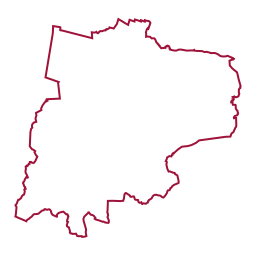 the district of Coeneo, Michoacán, Mexico
{"feature_id": "50627088B32739795926391", "entity_name": "Coeneo", "entity_type": "district", "adm_level": 2, "iso_a3": "MEX", "parent_name": "Mexico", "parent_adm1": "Michoacán", "projection": "albers", "projection_center": [-101.63, 19.787], "detail": "fine", "context": "isolated", "style": "outline", "palette": "rose", "viewbox_px": 256, "rotation_deg": 0, "n_neighbors": 0, "source": "geoboundaries", "source_scale": "gbopen_adm2", "svg_char_len": 5731}
<svg xmlns="http://www.w3.org/2000/svg" viewBox="0 0 256 256"><path d="M86.4,236.1L85.7,232.3L86.1,230.0L86.0,229.1L83.6,220.8L83.4,219.2L83.7,218.0L84.4,216.5L88.1,212.9L88.5,212.2L88.7,211.6L88.7,212.0L89.1,212.4L89.2,213.0L90.8,214.7L91.3,214.9L91.8,214.8L93.7,215.7L95.4,217.9L94.7,218.8L95.8,219.5L99.3,220.5L102.8,221.8L103.5,221.6L105.1,222.5L105.3,222.4L105.9,222.6L108.4,222.9L108.8,222.1L108.9,220.9L108.4,219.3L107.5,217.1L108.1,215.6L107.8,213.4L107.3,212.6L107.6,209.5L107.9,200.9L112.8,200.8L120.9,201.1L121.7,200.9L123.2,200.8L123.9,198.7L124.5,194.3L124.7,194.0L125.5,193.1L126.0,193.0L129.5,195.3L129.9,195.6L130.1,196.4L130.5,196.7L131.4,196.9L132.9,196.4L133.8,196.4L134.2,196.9L134.7,198.9L135.0,199.4L135.7,199.8L138.0,200.0L138.2,200.3L138.3,201.7L138.7,202.2L139.2,202.6L139.7,202.8L140.4,202.7L141.3,202.2L141.6,202.6L142.0,203.9L142.3,204.0L143.7,203.3L144.8,203.6L145.5,203.5L145.9,203.7L147.2,202.8L147.8,202.6L148.1,201.1L148.6,200.9L148.8,200.1L151.2,198.7L151.7,198.2L152.6,196.5L153.2,195.8L154.1,195.1L155.0,194.8L156.4,194.8L158.3,195.4L159.8,195.5L161.0,196.1L162.0,197.1L162.8,197.4L163.6,197.5L165.3,195.5L166.8,193.2L167.7,190.5L169.6,190.1L170.5,188.0L171.4,187.7L172.2,186.2L174.0,184.9L178.5,183.0L178.7,181.5L177.4,175.6L177.1,175.2L176.1,174.6L175.2,174.3L174.8,173.1L174.3,172.8L173.1,172.8L172.4,172.3L171.3,172.1L170.0,171.4L169.4,171.4L168.7,171.6L168.4,171.2L167.3,168.6L166.4,164.6L166.5,163.4L166.8,162.6L166.7,161.7L166.3,161.3L165.8,161.1L166.7,159.2L167.1,157.5L169.4,156.1L171.4,156.4L172.0,154.6L172.6,154.7L172.8,153.7L173.5,153.5L173.3,153.1L174.6,152.5L177.9,149.5L181.9,146.7L187.6,146.1L191.4,145.1L196.1,142.8L199.1,140.4L225.4,136.8L230.4,136.6L231.5,133.5L233.5,132.0L234.5,129.4L234.8,129.1L235.2,128.0L236.1,126.7L236.3,125.5L236.1,118.0L235.3,118.0L234.0,118.2L233.9,117.3L234.7,116.1L236.8,115.4L237.8,114.6L237.7,113.6L238.1,113.0L237.7,112.2L237.5,111.6L237.6,111.1L237.4,110.6L236.9,110.3L235.8,108.6L235.7,105.2L235.3,104.8L232.9,104.8L232.3,102.8L232.5,102.5L231.9,101.8L231.2,102.1L231.2,101.7L231.5,101.2L232.0,101.1L231.8,100.8L231.9,100.5L233.2,100.2L233.1,99.7L233.7,99.2L233.4,98.2L233.0,98.0L234.4,97.3L234.4,97.2L234.1,97.0L234.7,97.0L234.7,96.8L235.1,97.1L235.4,97.0L236.1,97.2L237.0,97.0L238.4,96.3L239.3,93.7L238.9,92.8L238.8,90.5L239.1,89.1L239.5,88.7L239.4,88.7L239.5,88.5L240.2,88.0L240.2,86.8L240.6,86.1L238.7,79.4L237.6,74.6L237.0,72.3L232.8,68.9L231.9,68.0L230.6,66.4L229.8,65.6L229.5,60.7L231.4,59.9L233.5,59.4L233.9,58.8L232.4,58.1L232.5,57.9L227.5,55.8L226.1,56.3L223.6,56.5L221.6,56.3L220.2,55.9L217.7,54.1L216.5,53.6L214.8,53.0L210.5,53.1L210.0,52.7L206.6,51.8L204.9,52.1L201.9,51.1L196.6,50.9L194.3,50.6L194.5,50.4L194.1,49.9L193.5,50.5L192.2,50.4L189.6,50.5L186.8,50.6L180.7,49.5L178.3,49.7L176.7,50.5L175.7,50.6L174.6,50.6L171.3,49.9L169.9,49.5L170.0,48.9L169.8,48.8L169.6,48.6L169.8,48.3L169.6,48.1L169.6,47.7L169.0,46.3L168.9,46.2L168.5,46.2L168.3,46.0L167.8,46.1L167.5,45.7L166.9,45.9L166.9,46.4L165.6,46.6L165.7,47.0L165.3,47.4L165.3,47.9L164.8,47.8L163.5,48.0L161.2,48.2L158.6,45.0L158.9,45.0L157.4,43.2L156.6,42.7L156.2,42.1L156.2,41.5L155.7,40.7L155.4,39.8L154.7,38.7L154.3,38.4L154.0,38.3L153.1,38.4L151.8,38.2L151.6,38.3L150.1,36.8L147.2,36.5L146.1,36.8L146.2,33.6L145.9,32.4L146.9,29.2L147.6,28.4L147.7,28.7L148.3,29.0L150.4,23.0L149.6,21.6L149.3,21.4L148.5,21.0L146.4,20.7L144.9,20.2L144.8,21.6L141.0,20.2L140.9,21.5L138.2,20.5L134.9,19.5L134.5,21.3L134.4,21.3L134.4,21.5L129.6,19.8L128.1,24.9L123.2,22.0L123.2,21.9L118.4,19.1L116.9,24.0L113.7,28.5L109.7,27.5L109.7,27.8L107.6,29.2L106.6,29.1L106.1,29.3L105.9,29.6L105.9,30.0L105.8,30.3L105.6,30.4L104.7,30.3L102.4,31.0L102.2,31.2L100.5,31.1L100.2,31.1L99.1,31.9L98.8,32.3L98.6,32.2L98.8,32.4L98.0,33.2L97.4,33.1L96.4,31.9L96.0,32.3L93.6,32.6L91.8,32.3L92.2,38.2L61.7,30.4L60.7,30.4L60.2,30.1L60.4,27.4L60.2,27.2L53.1,26.1L52.9,32.0L52.6,34.5L45.5,77.4L58.7,82.0L58.1,82.9L59.9,98.6L47.2,99.2L47.3,99.4L46.2,100.2L47.2,100.9L45.7,101.7L44.7,102.4L42.5,105.5L41.2,108.3L41.2,109.4L41.4,110.1L36.0,112.9L36.4,115.5L35.5,118.4L36.2,121.9L34.1,122.4L32.6,123.8L32.1,125.0L32.0,126.1L32.0,126.7L32.3,127.6L31.3,128.7L31.0,129.2L30.8,130.4L30.3,132.9L30.4,133.3L29.8,146.0L29.8,146.4L32.1,149.3L33.3,149.7L35.2,151.1L34.5,152.2L36.2,155.5L37.3,156.6L35.3,161.1L33.8,162.9L32.1,162.8L31.0,161.9L29.8,162.0L29.5,163.9L29.1,163.7L28.8,163.8L27.8,165.4L27.5,166.1L27.1,166.1L26.7,165.7L25.7,166.6L25.9,169.2L25.5,170.8L25.6,172.7L27.1,175.4L27.6,177.2L27.8,177.3L27.8,177.6L27.6,177.7L26.6,176.9L26.4,177.0L24.8,179.4L24.6,180.4L24.0,181.6L23.2,182.3L23.0,183.0L23.6,184.2L23.6,184.6L23.8,184.8L24.2,186.3L25.1,187.0L25.1,187.7L25.5,188.2L25.6,188.8L24.7,188.8L24.3,189.8L24.8,191.4L24.1,194.5L22.9,195.1L21.7,196.5L21.2,198.0L19.0,199.8L18.2,199.8L16.7,203.7L15.5,205.2L15.6,205.8L16.0,206.2L16.5,206.9L16.5,207.2L15.8,214.8L15.4,216.5L26.3,221.2L26.4,220.7L27.6,219.6L29.3,218.6L29.6,218.1L31.6,216.7L33.5,214.5L34.1,214.2L36.9,214.0L38.0,213.8L38.7,213.5L39.6,212.6L40.6,211.9L41.2,211.2L42.3,210.5L43.7,210.3L44.5,209.2L45.6,209.2L46.2,209.6L46.9,209.8L48.9,209.3L49.3,209.3L49.6,209.5L50.5,210.3L50.9,210.9L51.3,212.8L52.3,214.6L53.1,215.1L56.6,216.7L57.0,216.6L56.9,214.9L57.7,213.8L58.7,212.9L62.0,211.9L63.4,211.7L66.4,214.4L67.4,214.3L68.0,215.3L67.9,215.9L68.3,216.2L68.4,216.4L67.1,220.4L67.1,221.5L68.0,221.9L67.5,222.9L66.8,225.0L67.1,226.3L68.1,227.0L68.8,227.3L70.0,231.1L69.8,232.2L70.0,232.9L70.7,233.4L71.7,233.4L72.1,233.8L72.5,233.9L73.8,233.9L76.0,233.7L76.3,234.4L76.8,235.0L77.0,235.8L78.2,236.1L78.7,236.3L79.7,236.1L81.1,236.2L81.7,236.1L81.8,236.2L81.9,236.7L82.2,236.7L82.4,236.9L85.3,236.5L86.4,236.1Z" fill="none" stroke="#9f1239" stroke-width="2"/></svg>